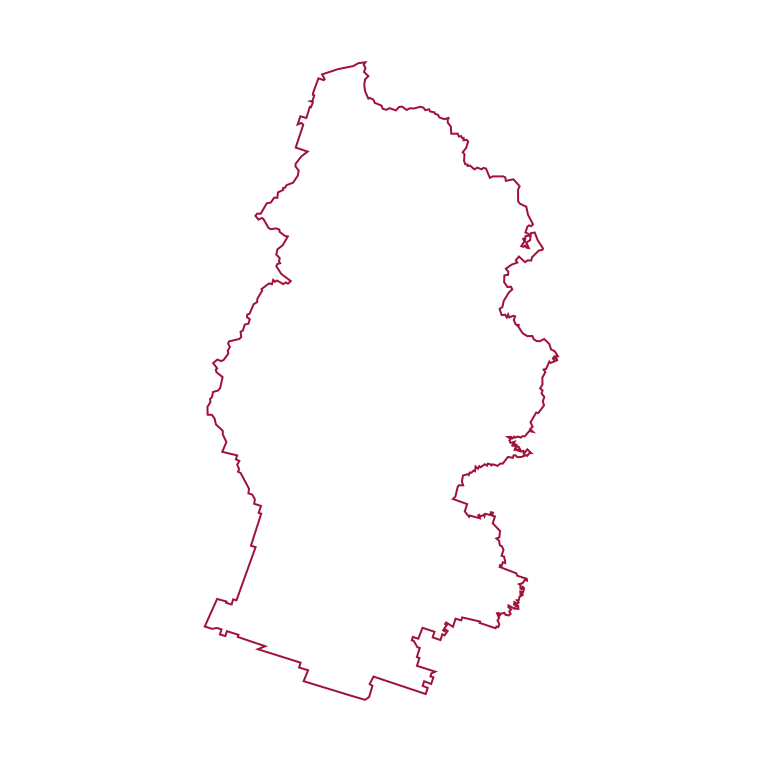 Greater Hume, New South Wales, Australia (orthographic projection), rotated 279°
{"feature_id": "25037944B5872723036943", "entity_name": "Greater Hume", "entity_type": "district", "adm_level": 2, "iso_a3": "AUS", "parent_name": "Australia", "parent_adm1": "New South Wales", "projection": "orthographic", "projection_center": [147.32, -35.758], "detail": "fine", "context": "isolated", "style": "outline", "palette": "rose", "viewbox_px": 768, "rotation_deg": 279, "n_neighbors": 0, "source": "geoboundaries", "source_scale": "gbopen_adm2", "svg_char_len": 6151}
<svg xmlns="http://www.w3.org/2000/svg" viewBox="0 0 768 768"><g transform="rotate(279 384 384)"><path d="M338.8,540.2L341.9,535.8L336.7,533.0L339.8,532.2L338.7,529.8L339.2,526.4L340.2,526.4L340.7,528.7L343.1,526.8L342.7,524.2L339.6,524.5L339.4,523.3L344.4,524.6L345.0,523.0L343.1,522.0L343.3,520.3L347.4,521.9L345.6,518.2L347.7,516.8L349.5,517.8L351.0,514.6L351.7,517.8L350.5,519.7L352.4,520.8L351.5,522.2L353.0,524.1L352.5,527.6L354.0,528.7L354.3,531.2L360.3,534.9L360.1,538.5L362.3,535.3L365.0,537.5L369.1,534.7L379.6,538.8L379.5,541.0L387.9,545.4L391.8,543.5L396.2,544.4L399.4,541.1L402.5,541.6L404.1,538.9L408.3,540.6L415.0,539.4L420.9,541.5L423.2,539.4L424.2,541.7L432.0,543.8L430.9,545.3L434.6,551.3L436.8,550.1L434.8,547.7L435.7,546.8L438.0,548.0L438.6,551.4L443.0,547.6L444.3,543.6L449.5,540.9L453.5,535.1L450.6,531.2L450.3,528.0L451.8,524.7L454.6,523.0L453.7,518.0L455.8,513.0L461.6,507.8L463.4,507.8L463.2,506.3L462.2,506.9L463.8,504.5L467.5,502.2L471.3,502.9L471.6,501.1L469.4,497.3L472.1,495.7L468.9,494.9L471.4,492.7L470.4,489.5L476.3,486.4L478.5,488.9L484.6,489.2L494.0,493.0L497.4,495.9L499.9,494.2L499.1,490.8L503.4,486.7L510.1,485.9L511.3,489.5L514.4,489.2L516.9,486.3L521.9,491.4L524.8,496.7L526.8,494.8L531.0,497.3L526.4,504.3L528.6,506.5L529.0,510.1L532.3,510.4L540.0,516.0L541.3,519.5L542.7,519.9L550.2,513.2L557.2,509.2L556.0,505.5L548.9,505.8L545.9,502.4L540.9,505.8L540.9,503.6L542.8,501.6L541.3,500.4L541.6,498.0L546.7,500.4L549.8,498.2L548.3,500.8L552.2,500.7L553.1,503.9L554.8,503.4L555.8,500.0L561.8,501.0L563.4,502.5L562.9,504.7L565.0,506.2L573.6,499.8L581.3,496.8L583.4,489.9L585.4,487.9L596.8,486.0L600.6,487.0L606.4,479.8L603.7,472.6L607.1,471.4L607.7,469.2L606.1,459.0L604.2,456.3L612.8,451.0L613.0,448.4L611.3,446.9L612.3,442.3L610.1,439.7L613.1,435.0L612.5,432.5L613.7,432.3L613.8,429.9L617.0,428.1L623.5,427.6L625.2,425.5L630.3,428.3L636.7,429.2L638.1,427.4L637.2,424.4L639.5,424.2L639.2,422.7L640.9,421.5L640.2,419.2L642.8,417.7L641.7,411.3L648.6,409.8L652.0,406.2L655.4,405.4L657.2,406.8L655.0,402.0L656.0,396.8L658.2,395.4L659.0,391.9L660.2,391.4L660.4,386.8L662.4,385.5L660.9,382.0L663.1,379.7L663.5,376.4L660.9,370.8L660.3,366.2L658.2,363.5L660.8,358.5L659.9,355.5L656.1,353.0L657.3,346.2L655.2,343.6L655.6,339.7L658.6,338.0L660.2,331.0L663.3,328.9L664.3,325.2L663.4,323.9L670.1,319.6L676.3,317.7L681.8,317.6L685.6,320.4L689.1,315.4L693.1,316.3L696.2,314.0L698.9,315.3L696.8,308.4L693.2,303.9L687.8,289.3L680.1,274.4L675.8,277.7L674.7,277.0L675.6,271.4L660.7,268.5L658.5,268.5L658.2,270.0L652.6,269.1L651.8,267.2L651.4,269.6L650.3,269.6L645.9,268.5L646.1,267.4L634.6,265.7L635.3,259.5L626.8,258.1L628.9,261.5L627.4,263.7L603.7,259.8L601.6,272.2L595.8,266.7L587.7,262.3L585.1,262.5L581.5,266.3L576.4,266.3L568.6,262.7L565.2,256.7L562.5,255.7L561.8,253.7L560.0,254.2L556.7,249.3L551.2,249.5L550.9,246.4L545.5,243.8L544.1,239.9L532.9,235.6L532.4,232.0L530.0,230.7L526.7,234.3L528.8,237.2L528.2,239.0L520.1,245.5L519.2,248.2L520.8,252.9L520.2,256.4L517.9,257.2L514.7,263.2L514.7,265.9L505.3,262.3L500.3,257.7L495.0,257.3L492.1,261.3L488.5,261.1L487.1,262.5L485.7,259.8L483.5,259.2L476.6,265.4L471.1,275.8L468.1,273.4L468.9,271.2L466.9,268.8L469.5,262.1L467.9,260.3L469.5,258.3L465.0,257.7L465.4,254.8L458.6,248.2L457.2,249.1L448.8,245.7L444.9,245.8L442.5,242.8L432.3,240.2L431.2,238.1L428.6,238.2L427.0,241.3L422.4,240.7L420.8,237.2L414.7,236.2L413.2,234.2L407.9,235.6L405.8,234.0L401.8,224.2L399.4,223.7L396.6,226.0L392.5,224.5L389.7,225.5L382.6,221.8L381.2,219.6L382.0,215.5L377.9,212.0L373.4,216.8L371.9,215.6L369.4,216.7L365.6,223.5L354.2,222.8L351.5,221.0L349.4,216.4L344.2,216.2L341.9,214.5L338.9,215.4L333.8,213.2L326.1,214.6L326.6,218.9L323.3,222.1L317.8,224.3L312.6,232.0L308.9,232.7L302.0,237.4L291.7,234.9L290.5,250.1L286.4,249.5L285.4,253.2L281.3,251.6L277.5,254.1L274.5,253.6L273.7,256.3L259.5,267.0L254.8,267.2L254.1,271.2L249.9,274.5L245.4,274.5L244.3,281.6L237.1,280.4L236.7,283.0L203.4,277.9L202.8,282.7L147.2,272.1L147.7,268.7L142.4,268.0L143.2,262.2L144.5,262.4L145.6,252.8L116.4,244.9L115.3,252.5L116.9,257.2L116.2,261.9L111.0,261.1L110.2,266.7L115.3,267.5L113.5,279.5L111.3,279.1L106.4,307.7L102.3,300.9L95.7,345.2L90.7,344.5L89.4,353.8L77.9,351.1L71.1,399.2L69.1,414.8L72.6,418.3L84.1,419.8L85.4,416.8L93.4,419.4L84.3,473.7L90.7,474.7L91.9,469.4L96.7,470.2L95.1,477.5L102.0,478.7L102.5,475.6L105.7,476.1L107.9,479.6L110.8,460.6L118.9,461.9L119.4,459.2L128.9,460.6L129.3,458.1L134.9,453.6L135.2,451.6L138.7,452.1L137.8,457.7L149.2,460.2L147.2,472.6L141.4,471.7L139.9,479.8L145.9,480.7L145.2,483.1L150.0,485.5L150.9,483.6L149.2,482.6L150.0,480.9L155.7,483.7L156.5,481.9L158.2,482.7L155.0,490.1L163.4,491.4L162.6,497.3L165.7,497.8L164.4,516.0L163.0,515.8L160.2,532.5L162.1,533.0L161.8,534.9L164.8,535.5L168.3,533.1L170.8,534.3L175.2,531.5L175.8,533.1L173.8,534.7L175.5,535.5L176.8,538.7L175.1,540.1L174.9,543.4L176.9,545.0L178.9,543.3L181.1,544.8L183.2,541.7L184.8,541.6L182.5,547.8L182.9,551.9L185.8,551.2L184.9,548.9L187.2,549.4L186.4,547.0L189.0,546.9L187.8,550.0L189.3,551.2L191.2,549.1L191.7,550.9L195.0,551.1L197.2,554.0L198.5,553.3L197.6,551.7L200.5,551.1L200.1,553.9L204.2,554.3L205.3,552.8L203.0,552.1L203.5,550.6L206.3,550.5L207.4,548.7L209.0,552.1L212.5,553.7L212.2,556.0L213.9,555.5L215.5,545.6L217.7,544.3L221.4,526.8L223.3,527.0L223.0,528.7L226.5,529.2L226.1,531.7L227.8,531.4L232.3,529.6L232.7,527.0L238.8,528.0L242.1,525.9L242.9,523.6L247.2,522.2L249.0,519.2L250.6,521.9L256.9,521.6L263.4,513.2L270.5,514.3L271.0,511.3L273.9,511.8L274.2,509.8L271.3,509.3L271.6,504.2L269.1,503.9L270.4,503.0L268.1,499.8L269.7,498.6L269.0,497.7L266.4,499.6L267.5,489.3L266.1,488.8L270.8,483.7L278.4,484.9L281.2,470.1L283.9,472.1L294.0,472.9L295.6,473.6L296.3,478.0L299.8,476.2L306.0,476.3L308.0,480.8L307.3,482.0L310.0,482.5L310.0,484.2L312.4,485.8L312.0,487.5L316.8,487.4L315.0,490.1L317.8,491.0L316.9,492.6L320.5,496.0L319.5,498.5L321.6,499.0L321.2,502.7L319.8,502.2L321.7,504.1L320.9,509.0L323.6,511.3L323.9,513.7L331.3,517.8L331.3,522.9L333.7,523.1L334.2,524.7L332.6,527.3L333.4,531.0L336.0,535.6L335.4,536.7L338.5,538.4L338.8,540.2Z" fill="none" stroke="#9f1239" stroke-width="2"/></g></svg>